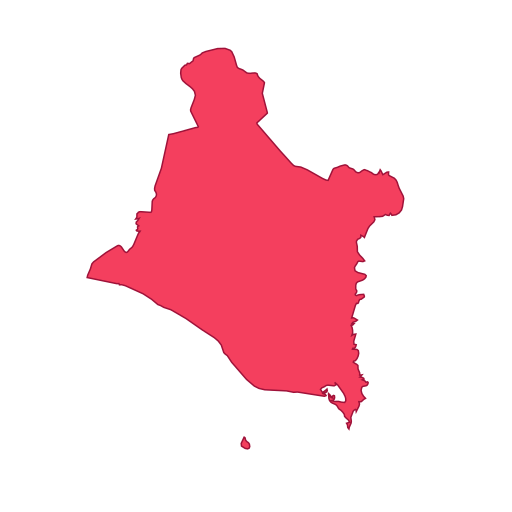 outline of Atlántico Norte, rotated 110°
{"feature_id": "NIC-657", "entity_name": "Atlántico Norte", "entity_type": "Autonomous Region", "adm_level": 1, "iso_a3": "NIC", "parent_name": "Nicaragua", "parent_adm1": "", "projection": "robinson", "projection_center": [-84.139, 14.031], "detail": "fine", "context": "isolated", "style": "filled", "palette": "rose", "viewbox_px": 512, "rotation_deg": 110, "n_neighbors": 0, "source": "natural_earth", "source_scale": "10m", "svg_char_len": 5744}
<svg xmlns="http://www.w3.org/2000/svg" viewBox="0 0 512 512"><g transform="rotate(110 256 256)"><path d="M132.5,168.8L133.3,167.6L136.2,164.6L132.4,161.6L131.7,160.1L133.8,159.5L134.5,159.1L134.9,158.2L135.6,152.6L136.8,150.3L138.6,148.4L138.9,148.2L141.0,146.6L143.3,144.7L149.4,138.2L151.6,136.8L159.5,135.2L163.0,135.0L166.5,136.2L169.4,138.6L171.3,142.2L170.9,142.6L169.9,144.1L169.8,144.4L172.4,144.8L172.8,146.6L172.7,148.6L175.4,150.6L176.7,153.2L178.7,158.4L181.2,156.7L183.7,157.0L188.9,159.5L191.9,160.2L201.5,160.5L201.0,161.6L200.6,164.6L202.7,163.9L204.1,164.7L205.4,166.1L207.5,166.7L208.9,166.3L212.4,164.1L217.3,162.2L219.8,158.8L221.6,155.0L223.4,152.2L224.7,153.6L225.6,157.6L226.6,158.4L228.6,158.6L231.9,159.4L233.3,159.5L236.0,157.9L236.7,154.6L236.0,147.5L236.8,145.7L238.4,145.5L240.3,146.2L241.5,147.0L242.5,147.9L245.6,151.7L247.2,152.4L249.2,152.3L252.4,151.2L253.2,150.7L253.7,150.0L254.4,149.3L255.6,149.1L256.7,149.3L257.4,149.6L257.9,149.7L258.8,149.1L258.8,147.9L257.7,146.7L256.8,145.3L255.2,141.7L256.7,140.4L257.6,140.3L260.7,142.4L261.0,143.1L261.5,143.7L262.9,143.9L265.1,143.8L265.8,144.2L266.1,145.4L268.4,145.7L281.5,144.9L280.8,143.7L280.8,142.3L281.5,138.8L283.1,139.8L285.2,142.3L286.9,142.8L286.7,142.2L286.1,140.8L287.0,141.2L287.6,141.4L288.0,141.8L288.8,142.8L290.4,141.2L292.8,139.8L295.4,138.8L297.8,138.8L296.8,138.0L296.2,137.3L295.2,135.5L302.6,135.0L305.4,133.8L305.1,131.5L306.8,131.3L308.1,131.5L309.1,132.2L309.6,133.5L310.6,133.5L309.3,129.2L309.9,127.5L312.3,126.2L315.0,125.8L317.9,126.0L320.3,126.8L321.5,128.3L322.5,128.3L323.0,126.5L323.3,124.5L324.0,122.8L327.2,121.5L330.5,118.5L332.4,117.9L332.1,117.4L331.8,116.3L331.5,115.8L333.5,116.5L334.2,116.9L333.8,114.8L334.0,113.1L334.7,112.4L336.0,113.8L336.1,111.5L336.3,110.5L337.0,109.5L336.1,108.1L336.6,107.3L337.9,107.1L339.6,107.5L340.3,108.2L342.0,111.0L343.2,111.7L346.3,111.3L349.0,109.5L351.0,107.0L352.3,104.4L354.0,105.8L355.7,106.6L357.1,107.5L357.7,109.5L359.7,108.1L362.0,107.9L367.9,108.6L366.3,109.4L366.2,110.2L367.2,111.0L368.8,111.7L369.3,111.6L375.2,111.7L378.7,109.9L380.5,109.5L385.0,109.8L386.8,109.5L385.8,111.1L383.4,112.3L382.2,113.7L380.2,111.2L378.6,112.9L377.3,116.2L376.4,117.9L374.7,118.8L373.1,121.0L371.9,123.5L371.4,125.6L371.0,126.3L369.4,128.2L368.7,129.3L368.3,130.7L368.1,134.0L367.8,135.5L366.7,137.4L365.1,138.7L360.5,140.7L360.9,139.8L361.2,139.1L362.3,137.6L362.3,138.8L362.8,137.9L363.1,137.2L363.2,136.5L363.2,135.5L362.1,136.2L361.7,136.3L360.5,135.5L360.5,134.5L362.1,133.7L363.6,133.5L365.0,134.0L366.0,135.5L365.9,132.6L364.4,128.7L364.1,125.6L363.3,122.6L361.4,122.1L359.2,123.0L357.6,124.1L355.0,126.8L349.2,135.2L347.8,138.8L349.1,137.3L349.5,136.6L351.3,138.2L352.8,144.4L353.7,145.8L355.4,147.0L357.3,149.0L359.3,149.8L361.4,147.0L360.4,146.0L358.0,144.4L356.8,143.8L358.3,142.9L359.9,143.4L361.3,144.9L362.4,147.0L362.3,143.5L363.2,142.4L364.4,143.7L369.6,170.3L369.9,171.1L371.2,174.0L372.3,181.2L378.7,202.0L379.4,207.9L378.8,213.1L375.2,222.7L364.2,242.5L359.4,248.9L358.7,251.4L357.8,253.2L351.5,258.2L348.8,262.4L347.0,267.2L343.8,281.3L338.7,300.4L335.6,317.7L335.8,325.1L335.2,328.7L335.2,331.6L332.4,339.2L330.1,349.2L328.6,368.7L328.9,372.4L329.8,374.5L328.8,375.4L329.6,377.3L334.0,407.3L331.6,407.6L324.9,407.2L319.5,407.5L317.1,406.6L304.0,398.0L294.0,389.9L293.4,389.3L293.0,388.6L292.9,387.8L293.0,387.0L293.3,386.1L293.8,385.2L296.3,381.8L296.8,380.9L297.0,380.0L297.1,379.2L296.6,378.5L295.6,377.9L293.3,377.2L291.9,376.5L290.9,375.8L289.5,375.2L287.0,374.8L276.2,374.3L274.2,374.1L273.7,373.7L272.3,373.4L273.0,375.2L273.2,376.7L272.7,377.3L271.5,376.5L270.5,376.5L269.3,377.3L268.7,377.2L267.8,376.5L266.7,379.7L265.1,380.1L263.1,379.2L260.6,378.7L261.3,379.5L262.0,381.0L262.4,381.7L260.3,381.2L257.1,382.3L256.0,381.7L255.1,381.5L254.3,380.6L253.8,379.5L251.2,370.5L250.9,369.7L249.9,369.4L248.1,369.7L240.1,372.2L238.8,372.2L237.2,371.7L236.3,371.1L235.5,370.6L234.7,370.4L233.7,370.3L232.9,370.4L231.9,370.7L230.5,371.7L228.9,373.7L227.2,374.4L224.6,374.8L206.0,374.9L171.7,379.5L169.3,375.4L156.0,356.7L155.2,355.1L154.8,354.6L154.2,354.4L142.2,366.9L141.0,367.5L138.9,367.7L130.1,367.5L125.7,367.9L122.3,370.2L120.6,372.9L119.5,375.6L117.9,380.9L116.3,384.7L115.1,386.2L113.8,387.3L110.0,389.3L106.6,390.2L105.1,390.0L101.1,388.1L100.1,386.6L98.5,386.4L98.3,386.1L98.1,384.7L97.9,384.2L97.4,383.9L95.5,382.8L94.5,382.1L94.0,381.9L93.5,381.9L92.8,382.1L92.0,382.2L91.6,382.2L91.2,382.1L90.9,382.0L90.6,381.8L86.8,377.9L86.0,377.2L85.4,376.8L83.6,376.0L81.0,373.1L74.2,363.0L71.5,356.1L71.5,350.7L72.3,348.7L76.4,344.6L83.6,339.4L85.1,338.1L85.5,336.9L85.7,335.5L85.6,334.7L85.7,332.0L87.1,327.3L86.9,325.8L86.3,323.8L85.4,322.1L84.3,319.5L84.2,318.2L84.4,317.2L85.8,316.2L86.8,315.0L87.8,313.2L89.0,309.5L89.6,308.2L90.3,307.3L101.0,305.7L117.4,294.4L117.9,294.2L130.6,300.7L131.2,300.4L131.9,299.7L148.8,269.6L156.8,254.5L158.1,251.6L158.3,249.8L157.1,244.3L157.5,237.3L160.4,219.9L160.7,216.2L160.3,214.1L148.5,213.3L147.5,213.0L146.8,212.5L144.9,209.9L142.7,207.6L140.2,204.0L139.8,202.9L139.8,201.9L140.0,200.9L141.1,198.9L141.2,198.1L141.1,194.8L141.3,193.8L142.8,191.0L143.0,189.5L142.8,188.3L142.3,187.4L141.7,186.8L139.8,185.6L138.0,184.0L137.8,183.7L137.7,183.2L137.8,181.8L137.7,180.5L137.8,179.6L138.0,178.0L138.1,177.4L138.1,176.5L138.3,175.6L139.0,173.4L138.9,172.4L138.7,171.4L138.4,170.8L138.1,170.2L137.7,169.9L137.3,169.6L136.4,169.4L135.7,169.3L135.9,168.8L132.5,168.8ZM435.0,197.9L437.2,196.7L438.9,196.7L440.1,197.9L440.5,200.4L439.6,204.6L437.2,205.8L430.2,205.2L429.6,205.1L430.1,205.1L430.5,205.0L430.6,204.7L430.6,204.1L432.7,202.7L433.6,201.0L434.0,199.3L435.0,197.9Z" fill="#f43f5e" stroke="#9f1239" stroke-width="1.5"/></g></svg>